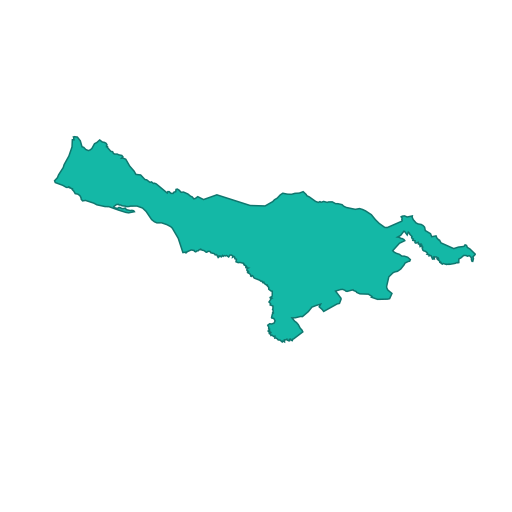 outline of Santa Catalina, Bolívar, Colombia, rotated 283°
{"feature_id": "7082276B95820075707853", "entity_name": "Santa Catalina", "entity_type": "district", "adm_level": 2, "iso_a3": "COL", "parent_name": "Colombia", "parent_adm1": "Bolívar", "projection": "natural_earth1", "projection_center": [-75.268, 10.653], "detail": "fine", "context": "isolated", "style": "filled", "palette": "teal", "viewbox_px": 512, "rotation_deg": 283, "n_neighbors": 0, "source": "geoboundaries", "source_scale": "gbopen_adm2", "svg_char_len": 6113}
<svg xmlns="http://www.w3.org/2000/svg" viewBox="0 0 512 512"><g transform="rotate(283 256 256)"><path d="M306.8,204.1L299.2,192.2L300.7,185.9L298.5,184.0L297.7,182.6L299.3,180.4L299.5,178.9L301.1,175.7L302.0,170.9L301.2,168.8L302.8,166.4L303.5,164.3L302.9,163.1L300.6,163.3L299.8,161.7L298.4,161.2L297.9,159.0L299.2,156.9L298.9,155.6L297.4,155.3L303.8,142.6L304.1,140.7L303.6,139.8L304.7,137.5L303.9,136.1L305.6,132.4L305.5,130.6L309.0,125.4L308.5,120.6L311.2,118.2L315.2,112.7L321.0,107.3L321.5,104.2L321.1,103.1L322.7,104.0L323.8,102.6L323.7,99.3L324.1,98.1L323.5,95.2L324.0,93.9L325.4,92.8L325.3,91.0L328.1,87.1L328.7,86.9L328.8,86.1L329.3,86.4L329.6,85.5L331.0,85.7L332.1,84.5L332.6,82.8L332.5,80.6L333.9,77.6L330.8,75.4L329.1,73.4L323.8,71.9L322.1,70.6L321.0,69.0L321.5,66.1L323.1,63.7L323.3,61.9L328.7,58.9L331.7,55.2L331.4,52.1L330.9,51.9L330.9,51.4L328.3,52.5L328.0,50.9L320.9,52.2L311.3,51.2L301.9,48.5L298.9,48.3L290.7,45.4L287.6,44.9L284.0,42.8L282.4,43.9L281.4,51.8L280.2,55.8L280.6,57.6L281.3,57.9L280.9,59.4L280.5,59.3L280.2,62.0L279.5,61.9L278.1,64.0L276.1,65.8L276.2,68.5L275.2,70.8L273.4,72.4L272.0,72.9L270.7,74.6L271.8,77.4L271.0,86.1L270.1,89.4L270.2,97.8L271.0,101.6L269.8,111.6L269.2,119.4L269.4,122.2L271.8,127.5L272.6,126.6L272.6,124.8L272.0,123.3L272.0,119.3L273.3,117.8L272.2,115.8L272.1,114.2L272.7,112.9L272.5,111.5L271.2,110.3L271.2,106.9L272.1,106.3L274.8,108.5L275.4,110.3L274.9,111.2L275.3,112.6L274.8,114.0L275.2,117.6L275.0,118.7L275.6,121.0L276.4,122.5L277.9,128.9L277.2,134.7L274.7,138.9L268.0,146.1L266.5,149.3L266.0,152.0L267.1,156.5L266.5,162.2L265.4,166.3L264.3,168.2L255.7,176.3L242.9,184.0L243.9,186.7L243.3,187.1L243.7,187.5L244.1,187.2L247.3,191.5L247.5,194.5L246.7,195.0L246.5,196.4L247.7,197.3L248.0,198.4L249.5,199.4L249.5,200.8L249.7,200.0L250.3,200.6L249.6,201.9L249.6,204.2L248.5,206.5L248.6,207.2L249.7,208.1L250.0,209.5L250.0,210.3L249.0,211.2L248.9,214.9L247.9,216.0L248.5,217.3L246.0,219.5L247.1,220.3L247.8,220.0L248.0,221.1L247.3,222.3L249.0,223.2L248.3,224.1L249.3,224.9L249.2,226.2L249.9,227.2L248.9,229.6L251.0,230.4L251.4,231.8L250.9,233.3L249.4,233.4L250.5,234.7L250.0,235.6L248.6,236.0L248.4,237.7L245.9,237.8L245.5,240.1L246.1,241.8L246.1,245.5L245.3,245.8L245.2,246.6L244.5,246.6L244.1,248.6L243.6,249.1L243.3,248.5L242.4,248.7L242.5,251.0L241.9,250.2L240.2,250.2L239.4,251.9L239.0,251.5L238.6,252.2L237.9,251.7L237.3,253.9L236.3,255.1L235.3,255.3L235.1,256.0L235.8,256.2L236.1,257.0L234.1,259.2L233.2,265.2L232.6,266.2L232.8,267.4L231.6,268.6L232.3,269.5L231.2,270.1L230.3,272.1L230.3,273.6L229.9,273.8L229.7,273.4L228.3,275.4L226.5,275.9L225.3,278.5L225.3,279.8L220.8,280.8L219.9,280.4L219.0,279.3L218.5,281.0L217.6,279.8L217.2,280.2L214.1,279.0L212.9,280.9L211.5,280.8L211.1,283.7L208.9,284.3L207.5,284.2L207.2,284.8L205.4,285.3L204.6,285.0L204.3,285.7L203.2,285.0L199.4,285.0L199.1,285.3L199.2,287.3L197.1,289.2L194.7,288.7L193.2,286.4L193.1,284.6L191.2,283.0L189.4,284.5L187.8,284.7L187.7,285.6L187.2,285.4L186.4,286.0L185.7,285.9L186.1,285.2L185.6,284.7L184.9,285.6L185.2,286.9L184.9,287.7L184.5,287.6L184.0,286.5L183.4,286.4L182.9,288.0L181.9,288.4L182.4,289.7L181.5,291.2L182.1,292.5L180.3,292.8L180.6,293.4L180.1,295.4L179.2,296.5L179.5,298.3L178.1,300.9L179.2,301.3L178.7,303.1L180.7,302.5L181.0,303.8L181.9,304.8L181.1,305.3L180.7,307.2L180.9,307.7L182.3,307.3L182.8,308.1L182.7,308.6L181.8,309.2L181.7,310.4L183.2,310.5L183.6,311.2L192.6,318.7L194.2,317.4L195.7,315.2L198.6,312.7L200.3,310.4L201.2,308.3L203.8,305.0L204.7,308.3L207.1,313.0L207.4,314.9L213.6,319.5L218.8,322.0L221.5,326.0L223.6,329.8L220.7,329.0L218.7,332.6L217.2,334.4L227.6,345.9L228.6,348.0L233.1,348.6L234.0,348.3L239.7,341.4L242.3,345.8L243.0,347.9L242.6,350.4L242.0,351.4L242.0,352.7L244.9,358.1L244.4,358.4L243.9,361.7L243.2,362.2L242.5,365.8L244.1,374.1L242.7,378.1L241.8,377.7L241.1,384.2L243.6,394.0L244.5,395.8L250.1,396.9L252.5,392.1L254.3,390.6L255.8,390.1L265.6,390.1L270.4,393.2L271.6,394.6L272.9,397.3L275.9,400.0L280.7,402.3L282.6,402.8L284.9,405.5L285.5,406.9L287.2,407.2L288.9,404.1L289.2,400.6L288.7,398.1L289.9,395.4L290.2,392.1L290.8,389.9L291.9,388.0L300.7,392.9L304.4,397.5L305.3,396.5L305.9,394.5L305.7,393.3L306.4,391.3L306.3,389.7L308.6,392.3L313.4,394.5L313.3,395.3L310.5,398.6L313.5,399.0L312.7,400.4L311.7,401.0L310.1,403.6L309.2,403.4L308.0,404.3L308.0,405.4L306.5,405.3L306.6,407.5L304.8,407.9L304.5,408.9L305.8,410.9L304.2,411.6L304.7,414.2L303.9,414.2L303.2,413.3L302.1,413.8L303.5,415.3L301.9,415.9L302.8,416.3L300.5,416.5L299.2,417.3L298.7,418.5L298.7,419.9L297.7,422.0L296.9,422.6L296.2,422.2L296.0,424.5L295.1,424.6L295.8,426.1L295.6,426.6L292.7,428.7L292.7,429.2L293.9,429.6L293.5,430.3L294.6,430.2L294.9,429.2L295.4,429.6L295.2,430.4L295.7,432.0L295.2,432.8L295.3,433.7L294.7,434.2L294.8,433.5L294.2,433.1L294.4,434.0L293.4,433.9L292.2,436.2L291.2,436.5L291.1,436.9L291.7,436.9L291.4,437.7L290.5,438.0L290.0,439.4L290.8,440.0L290.6,443.6L291.0,443.8L291.0,444.9L291.6,445.8L291.3,446.0L291.5,446.7L293.6,451.7L295.0,453.6L294.7,454.1L295.2,455.1L298.6,454.3L300.4,456.2L303.3,458.3L303.8,460.9L303.3,461.9L304.3,463.7L304.1,464.4L302.7,466.3L300.9,466.7L299.4,467.7L299.5,468.4L302.3,468.5L304.0,467.6L306.7,469.2L307.2,469.1L311.0,462.8L311.9,460.0L313.7,458.7L313.9,457.2L312.6,456.8L311.9,455.9L310.2,451.2L307.7,447.0L310.4,433.3L312.8,431.2L312.6,430.7L314.3,428.1L316.1,426.9L314.3,422.9L317.0,421.0L318.9,415.2L322.0,413.8L323.2,412.0L323.9,409.9L323.7,406.9L324.2,404.6L326.8,401.0L329.0,399.4L330.2,399.3L328.0,394.5L328.5,391.7L327.7,389.5L326.8,388.6L326.0,389.8L324.3,389.9L323.7,390.4L322.7,390.2L313.3,377.6L312.8,375.1L315.5,368.6L318.3,364.1L322.2,359.1L324.6,352.6L325.3,349.4L325.5,346.2L323.8,342.3L323.6,332.9L324.3,330.1L325.4,328.3L325.4,324.1L324.9,321.7L325.9,318.2L325.0,314.5L324.2,313.3L324.4,309.6L322.9,307.3L323.4,306.1L322.2,304.6L322.6,301.8L325.5,294.8L326.2,291.9L327.2,291.1L329.3,287.5L327.0,284.0L325.8,279.8L324.1,276.8L323.3,272.6L323.2,268.0L321.0,265.9L317.2,263.7L314.9,261.3L312.8,260.1L306.8,253.6L303.9,238.9L306.8,204.1Z" fill="#14b8a6" stroke="#0f766e" stroke-width="1.5"/></g></svg>